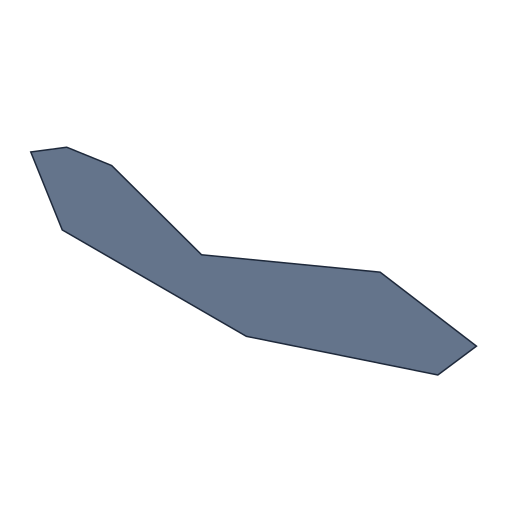 an SVG outline of Curaçao, rotated 341°
{"feature_id": "CUW", "entity_name": "Curaçao", "entity_type": "country or territory", "adm_level": 0, "iso_a3": "CUW", "parent_name": "North America", "parent_adm1": "", "projection": "natural_earth1", "projection_center": [-68.965, 12.213], "detail": "fine", "context": "isolated", "style": "filled", "palette": "slate", "viewbox_px": 512, "rotation_deg": 341, "n_neighbors": 0, "source": "natural_earth", "source_scale": "50m", "svg_char_len": 287}
<svg xmlns="http://www.w3.org/2000/svg" viewBox="0 0 512 512"><g transform="rotate(341 256 256)"><path d="M435.1,413.0L389.2,427.7L220.7,328.8L81.3,168.3L76.9,84.3L112.4,91.5L149.0,123.5L204.9,237.1L368.1,311.7L435.1,413.0Z" fill="#64748b" stroke="#1e293b" stroke-width="1.5"/></g></svg>